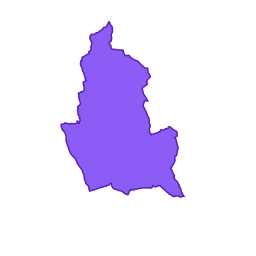 Samacá, Boyacá, Colombia (Equal Earth projection), rotated 127°
{"feature_id": "7082276B67984483460404", "entity_name": "Samacá", "entity_type": "district", "adm_level": 2, "iso_a3": "COL", "parent_name": "Colombia", "parent_adm1": "Boyacá", "projection": "equal_earth", "projection_center": [-73.529, 5.479], "detail": "fine", "context": "isolated", "style": "filled", "palette": "violet", "viewbox_px": 256, "rotation_deg": 127, "n_neighbors": 0, "source": "geoboundaries", "source_scale": "gbopen_adm2", "svg_char_len": 5838}
<svg xmlns="http://www.w3.org/2000/svg" viewBox="0 0 256 256"><g transform="rotate(127 128 128)"><path d="M155.5,54.0L155.3,53.0L155.6,52.2L155.6,50.7L155.2,50.4L155.0,49.9L154.2,49.4L154.0,49.1L153.3,49.1L153.0,48.9L152.9,48.6L152.7,47.8L152.2,47.4L152.1,46.6L151.6,45.6L151.7,45.0L151.4,44.3L149.9,43.5L149.7,42.9L149.2,42.6L148.9,42.3L148.9,42.8L148.5,43.4L148.4,43.9L148.0,44.7L147.6,45.0L147.2,46.8L146.0,48.1L144.7,49.3L144.5,49.7L144.2,51.4L144.1,51.6L143.9,51.5L143.5,52.0L143.5,52.5L143.3,52.9L143.0,53.1L142.8,52.9L142.6,53.0L142.5,54.0L141.9,55.1L141.4,55.6L141.1,56.4L141.3,57.1L141.0,58.6L141.0,59.3L140.5,60.0L140.6,60.8L140.0,61.7L139.4,61.4L139.2,61.6L138.9,62.3L138.5,62.1L138.2,62.2L137.7,63.0L137.8,63.9L137.0,64.6L136.5,65.8L136.0,66.6L135.8,67.4L135.0,67.8L135.1,68.1L134.9,68.6L134.8,69.1L134.4,69.9L134.1,69.6L133.8,69.7L132.9,69.5L132.6,69.6L132.0,69.6L131.1,70.2L129.8,69.8L128.2,70.3L126.0,70.7L124.8,71.5L124.3,72.3L123.5,72.9L123.1,73.0L121.8,73.0L120.6,72.8L120.2,72.9L115.8,75.2L114.2,75.8L113.3,76.4L112.4,77.6L111.2,79.5L109.9,80.8L108.6,82.3L107.9,83.6L107.6,85.2L105.6,84.0L104.9,84.0L103.3,84.9L102.1,86.2L101.5,87.4L101.9,90.0L102.1,90.9L102.1,92.0L101.8,93.5L101.8,94.6L101.9,95.8L102.6,96.0L102.9,96.3L104.0,96.0L104.5,96.0L105.4,96.8L106.0,97.7L106.6,97.9L107.3,97.8L107.6,97.9L108.3,98.2L108.5,98.4L109.4,100.4L109.7,100.7L110.1,100.8L111.1,100.2L111.6,100.3L112.8,101.2L113.4,101.2L114.1,101.6L119.0,105.3L119.5,105.3L119.0,106.1L118.7,107.1L118.7,107.3L118.8,107.7L118.4,107.8L118.2,108.0L117.5,109.0L116.9,109.5L116.6,110.0L116.0,110.5L113.7,111.1L113.3,111.3L112.8,111.6L111.6,113.2L111.0,114.5L110.6,114.7L109.9,115.0L109.4,115.3L107.5,117.3L107.3,117.6L106.8,119.0L106.0,120.4L105.1,121.6L104.9,122.4L104.6,122.8L103.7,124.0L103.2,125.8L102.3,126.7L102.1,127.1L101.8,128.1L101.9,128.8L99.0,130.3L97.6,130.6L96.3,131.4L95.2,129.3L94.4,128.5L94.1,129.1L93.2,131.3L92.3,133.6L91.7,135.5L91.3,136.3L88.6,139.7L87.3,140.6L86.4,140.9L86.0,140.7L85.4,140.0L85.1,139.8L84.5,139.8L82.5,139.1L81.1,139.0L80.1,140.4L79.8,141.0L79.0,141.3L77.1,141.5L75.4,141.2L74.4,140.9L73.8,140.9L73.2,141.4L72.1,144.1L71.7,145.3L71.4,145.8L69.4,147.2L68.6,148.1L68.5,148.6L69.5,149.7L69.9,150.4L69.9,150.6L69.6,155.5L68.9,159.3L68.6,160.2L69.8,164.4L70.0,166.3L69.9,168.1L70.4,168.4L70.3,168.7L69.7,169.5L69.4,170.9L70.6,172.4L71.9,173.6L71.5,175.1L71.0,175.9L70.3,177.1L69.1,178.2L68.8,179.1L69.5,180.1L70.1,180.5L70.8,181.7L71.7,182.8L72.7,185.2L73.7,186.6L74.6,188.0L74.6,188.9L74.2,189.8L72.8,190.9L72.5,191.4L71.9,193.8L71.4,194.3L70.9,194.3L68.7,193.8L68.3,193.9L67.2,194.6L66.0,195.1L65.1,196.3L64.0,197.3L62.8,197.9L61.0,198.1L59.7,198.9L57.1,201.1L56.9,201.2L55.9,204.6L55.5,205.2L54.8,206.0L54.5,206.8L55.1,207.2L55.3,207.2L56.7,206.8L58.6,206.6L59.7,206.2L60.0,206.2L61.2,206.8L61.9,207.3L62.6,208.0L62.9,208.1L64.3,207.8L65.3,207.8L66.8,208.7L67.5,209.0L69.2,209.2L69.7,209.4L70.8,210.1L71.0,210.7L72.1,210.7L72.7,210.8L73.7,211.5L74.9,213.1L75.0,213.5L76.5,213.7L77.9,213.4L79.6,212.1L80.4,210.8L81.1,209.0L82.0,208.1L82.5,207.9L83.4,207.1L84.1,206.8L85.3,206.7L85.7,206.5L86.8,205.2L87.6,205.0L88.3,204.5L88.6,204.4L90.2,205.1L90.7,205.2L91.0,205.1L91.6,204.3L92.2,203.7L94.0,205.0L96.2,205.8L97.8,206.3L98.7,207.0L99.1,207.1L99.5,207.1L99.7,206.9L101.2,205.6L101.5,205.5L101.8,205.7L102.0,206.1L102.5,206.2L102.7,205.9L102.9,205.4L103.8,205.4L104.3,205.0L104.9,204.9L105.5,204.6L105.8,204.3L107.0,202.4L107.3,201.3L108.2,200.2L108.6,200.1L110.1,197.8L110.3,197.1L110.9,196.1L111.5,195.5L113.6,192.6L115.1,191.0L115.3,189.9L116.3,190.2L117.2,191.0L118.3,191.3L119.3,190.8L121.9,187.5L122.6,187.1L123.7,185.9L124.0,185.8L124.9,185.9L125.6,185.9L126.7,186.2L126.9,186.5L127.1,187.2L127.3,187.2L127.8,187.1L127.9,187.4L129.0,187.7L130.1,188.6L130.3,188.6L130.5,188.1L131.2,187.1L132.2,186.5L133.3,185.5L134.0,184.6L134.7,183.9L135.5,182.8L136.2,181.6L137.0,180.8L138.0,180.3L138.5,180.5L139.9,180.6L140.3,181.0L141.3,180.9L141.8,180.6L142.3,179.7L142.9,179.4L143.7,179.4L144.0,179.1L145.9,177.0L146.6,176.4L146.9,176.4L147.4,176.1L147.5,175.3L148.5,173.0L148.8,173.2L149.6,172.6L149.8,171.8L150.0,171.6L150.4,170.9L150.6,170.8L151.5,170.6L152.6,170.7L153.0,170.3L153.2,170.7L152.7,171.6L152.7,172.2L152.9,172.7L153.1,172.8L153.5,172.1L153.6,171.9L153.5,171.7L153.8,171.5L153.7,171.1L154.0,170.6L154.3,171.3L154.7,171.7L155.2,172.2L156.9,173.3L157.4,173.9L158.4,175.9L158.7,176.2L159.1,176.3L160.2,177.7L161.6,180.7L162.0,181.5L163.2,181.6L163.7,181.9L163.9,182.3L164.8,182.9L165.3,183.5L166.0,183.2L166.6,182.7L168.9,179.4L169.2,178.5L169.2,177.7L169.4,176.6L169.7,175.6L171.5,172.9L172.7,171.7L174.0,170.7L175.0,170.3L178.2,166.0L179.1,164.3L180.9,162.1L182.9,158.5L183.7,155.8L184.0,152.3L184.5,150.9L187.1,146.4L189.4,138.8L190.6,137.5L191.6,135.6L192.5,134.4L194.5,132.6L196.1,130.5L196.4,129.7L196.8,129.1L197.4,128.6L197.8,127.8L197.9,125.9L198.2,125.0L198.9,123.8L200.1,122.6L201.5,120.6L199.6,119.4L197.9,117.9L193.1,114.8L192.6,114.4L191.8,114.0L191.0,113.0L189.1,111.9L188.4,111.2L186.8,109.9L185.9,109.6L184.8,108.8L183.6,108.9L182.4,108.0L183.4,107.1L184.2,105.6L184.4,105.4L184.7,104.4L184.9,103.9L185.1,103.1L184.9,102.2L184.4,100.7L184.0,100.3L183.9,99.4L183.7,98.9L183.4,97.5L183.0,97.1L182.3,95.3L182.2,93.3L182.3,92.3L182.1,90.7L182.2,89.8L182.0,89.4L181.5,89.0L181.5,88.2L181.1,88.0L180.8,87.9L180.4,88.0L180.2,87.9L179.4,88.4L177.9,88.7L177.6,89.0L177.2,89.0L176.3,88.3L175.4,88.6L174.9,87.4L174.2,86.8L173.7,85.7L173.3,85.5L172.9,85.7L172.4,85.6L171.6,84.7L171.4,83.9L170.9,83.8L170.4,83.3L169.7,82.9L166.2,79.3L162.8,74.6L161.9,73.2L161.2,73.0L159.2,73.6L159.1,71.5L159.0,71.3L156.8,69.4L154.9,68.2L154.8,67.8L155.6,59.2L155.7,58.4L155.9,57.8L155.6,57.0L155.6,56.3L155.7,55.8L156.0,55.3L156.1,55.0L155.8,54.3L155.5,54.0Z" fill="#8b5cf6" stroke="#5b21b6" stroke-width="1.5"/></g></svg>